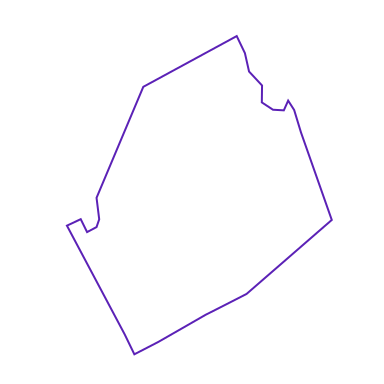 Highland, Ohio, United States of America (Equal Earth projection), rotated 331°
{"feature_id": "52423323B51867153498623", "entity_name": "Highland", "entity_type": "district", "adm_level": 2, "iso_a3": "USA", "parent_name": "United States of America", "parent_adm1": "Ohio", "projection": "equal_earth", "projection_center": [-83.601, 39.199], "detail": "fine", "context": "isolated", "style": "outline", "palette": "violet", "viewbox_px": 384, "rotation_deg": 331, "n_neighbors": 0, "source": "geoboundaries", "source_scale": "gbopen_adm2", "svg_char_len": 454}
<svg xmlns="http://www.w3.org/2000/svg" viewBox="0 0 384 384"><g transform="rotate(331 192 192)"><path d="M66.3,160.8L64.1,284.0L62.9,306.0L89.9,306.8L144.4,306.0L160.2,306.6L190.3,307.6L300.7,284.2L316.2,192.7L321.1,169.8L320.4,158.7L311.9,165.1L302.7,159.3L296.5,147.5L304.9,132.8L300.3,114.3L305.6,96.2L306.7,77.3L200.4,76.4L105.7,150.8L97.6,170.9L91.5,176.4L80.8,176.2L81.5,161.8L66.3,160.8Z" fill="none" stroke="#5b21b6" stroke-width="2"/></g></svg>